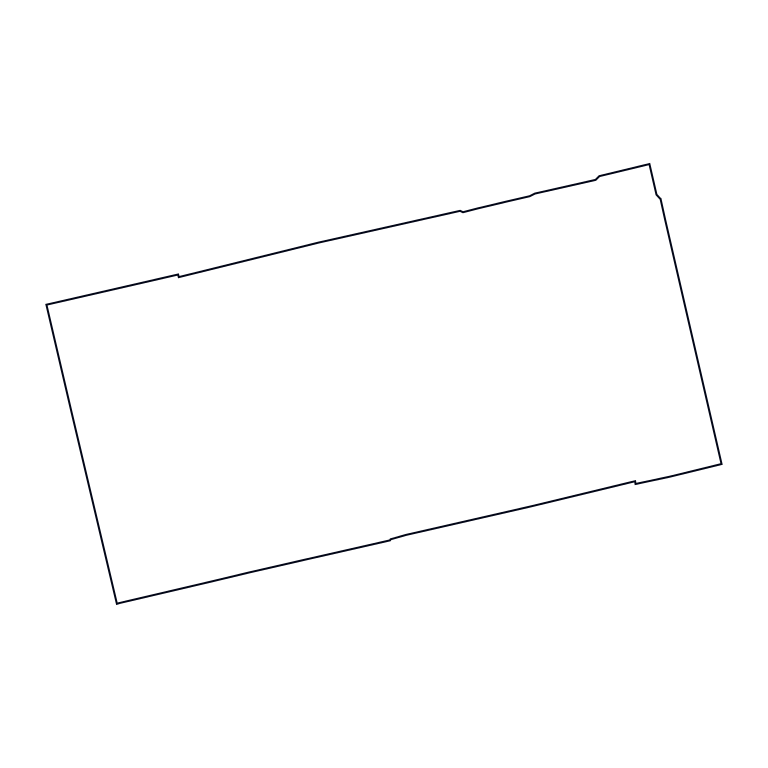 Campbell, Wyoming, United States of America, rotated 77°
{"feature_id": "52423323B69169088112186", "entity_name": "Campbell", "entity_type": "district", "adm_level": 2, "iso_a3": "USA", "parent_name": "United States of America", "parent_adm1": "Wyoming", "projection": "natural_earth1", "projection_center": [-105.604, 44.248], "detail": "fine", "context": "isolated", "style": "outline", "palette": "ink", "viewbox_px": 768, "rotation_deg": 77, "n_neighbors": 0, "source": "geoboundaries", "source_scale": "gbopen_adm2", "svg_char_len": 553}
<svg xmlns="http://www.w3.org/2000/svg" viewBox="0 0 768 768"><g transform="rotate(77 384 384)"><path d="M229.4,75.9L229.9,127.4L232.7,131.9L232.4,194.1L233.8,199.8L233.8,223.4L234.0,253.1L234.4,268.4L232.4,270.9L231.5,416.0L233.7,559.9L231.0,560.0L230.8,695.1L339.8,694.8L538.1,693.7L537.9,691.1L537.6,593.7L537.3,557.7L537.4,500.1L537.7,413.3L536.8,412.5L536.0,396.6L536.3,268.2L535.2,161.2L538.0,161.4L538.6,126.4L537.9,73.1L442.0,73.1L286.9,73.1L265.7,72.9L265.4,73.3L260.8,75.9L229.4,75.9Z" fill="none" stroke="#020617" stroke-width="2"/></g></svg>